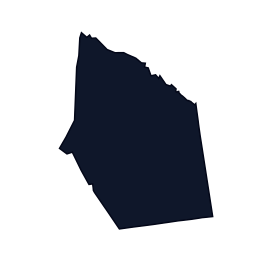 Spartanburg, South Carolina, United States of America (Robinson projection), rotated 170°
{"feature_id": "52423323B24740485283278", "entity_name": "Spartanburg", "entity_type": "district", "adm_level": 2, "iso_a3": "USA", "parent_name": "United States of America", "parent_adm1": "South Carolina", "projection": "robinson", "projection_center": [-82.102, 34.888], "detail": "fine", "context": "isolated", "style": "filled", "palette": "ink", "viewbox_px": 256, "rotation_deg": 170, "n_neighbors": 0, "source": "geoboundaries", "source_scale": "gbopen_adm2", "svg_char_len": 1480}
<svg xmlns="http://www.w3.org/2000/svg" viewBox="0 0 256 256"><g transform="rotate(170 128 128)"><path d="M79.0,161.9L83.1,164.2L87.5,173.9L89.2,171.5L91.6,175.6L96.3,175.4L97.7,183.7L101.1,185.1L99.7,188.8L103.5,189.8L108.2,195.4L116.1,200.6L119.1,202.9L127.8,204.4L135.0,208.9L144.1,222.2L148.4,222.7L149.7,226.2L152.8,224.4L157.3,229.9L159.8,225.1L163.8,207.9L168.0,196.8L179.3,144.8L190.5,129.9L199.0,119.8L192.6,113.1L187.0,113.9L181.4,94.3L176.2,79.2L172.5,79.1L172.7,75.0L172.9,72.5L172.1,70.2L165.3,55.2L162.9,50.0L154.0,30.1L139.9,29.6L127.9,29.0L119.1,28.6L108.5,28.3L106.1,28.2L94.8,27.9L90.2,27.6L81.2,27.1L73.3,26.9L70.7,26.9L68.3,26.7L65.6,26.5L60.0,26.1L58.9,78.4L58.3,108.0L57.9,119.6L57.7,122.9L57.3,133.4L57.0,140.3L58.3,139.2L61.3,142.6L61.4,143.0L61.6,143.2L61.7,143.3L62.0,143.3L62.3,143.5L62.5,143.7L62.7,143.8L62.9,144.0L63.3,144.3L63.4,144.5L63.5,144.5L63.8,144.4L64.2,144.5L64.3,144.6L64.6,144.8L64.8,145.0L65.4,145.4L65.6,145.6L65.8,145.9L65.9,146.1L66.0,146.4L66.2,146.6L66.4,146.9L66.5,147.0L66.8,147.2L66.9,147.4L66.9,147.6L67.0,147.8L67.4,148.2L68.9,150.1L69.0,150.2L69.3,150.4L69.6,150.7L69.8,150.9L70.2,151.5L70.3,151.6L70.4,151.8L70.6,152.0L70.8,152.4L71.0,152.7L71.1,152.9L71.3,153.1L71.6,153.7L71.7,154.0L71.7,154.5L71.7,154.8L71.7,155.2L72.2,155.3L72.4,155.3L72.6,155.2L73.4,154.9L73.7,154.8L73.8,154.8L74.1,154.9L74.1,155.0L74.3,155.7L74.6,156.2L73.9,158.2L77.7,163.1L79.0,161.9Z" fill="#0f172a" stroke="#020617" stroke-width="1.5"/></g></svg>